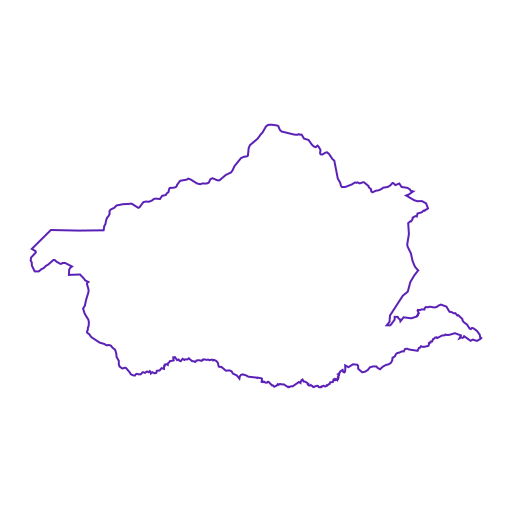 the district of Nkoranza North, Brong Ahafo, Ghana
{"feature_id": "2480657B63998169387071", "entity_name": "Nkoranza North", "entity_type": "district", "adm_level": 2, "iso_a3": "GHA", "parent_name": "Ghana", "parent_adm1": "Brong Ahafo", "projection": "robinson", "projection_center": [-1.569, 7.72], "detail": "fine", "context": "isolated", "style": "outline", "palette": "violet", "viewbox_px": 512, "rotation_deg": 0, "n_neighbors": 0, "source": "geoboundaries", "source_scale": "gbopen_adm2", "svg_char_len": 6079}
<svg xmlns="http://www.w3.org/2000/svg" viewBox="0 0 512 512"><path d="M318.6,146.7L317.5,145.6L315.7,147.2L313.6,146.3L311.9,144.7L308.6,140.0L304.0,138.6L301.6,134.6L299.8,134.7L298.8,134.1L297.4,134.8L294.3,134.6L281.6,131.5L279.8,129.8L278.3,126.1L277.2,125.5L271.7,124.7L268.1,124.9L266.0,126.4L262.4,132.7L261.1,133.9L257.6,138.7L250.0,145.1L248.7,148.0L247.9,155.6L247.4,156.2L243.6,156.9L241.0,158.1L234.5,166.1L232.5,170.4L231.1,172.4L225.7,175.0L219.5,180.3L217.4,180.3L212.4,178.2L210.3,179.3L208.8,182.6L207.6,183.2L205.9,183.6L202.8,183.4L200.1,184.2L197.1,183.5L190.7,179.5L188.2,178.6L186.8,179.6L180.1,180.8L177.1,184.8L176.7,186.2L175.6,187.2L173.2,187.8L169.9,187.9L169.3,188.6L168.4,192.2L166.9,193.3L165.6,195.1L162.1,195.8L160.0,199.0L155.5,198.6L153.7,199.1L151.7,200.7L148.6,201.8L146.3,201.5L143.4,202.1L139.4,207.4L138.2,207.8L131.7,203.7L122.9,204.2L116.5,205.5L114.3,207.8L110.7,209.5L109.5,211.1L109.6,214.0L108.4,216.3L107.2,217.5L106.3,219.7L105.3,224.4L104.3,225.9L103.6,230.3L79.0,230.6L50.9,230.0L31.8,248.9L35.6,251.2L35.8,252.5L31.0,257.6L30.7,260.6L31.7,262.3L31.9,265.6L34.7,271.4L38.8,271.4L41.5,269.1L43.7,268.1L45.7,266.0L48.4,264.4L53.4,260.0L54.8,260.1L56.8,261.9L60.5,263.9L61.2,263.9L62.5,263.0L65.2,263.0L72.0,266.5L70.3,267.8L69.2,269.5L68.9,274.9L80.0,274.5L83.7,278.3L85.2,280.4L88.4,282.0L87.0,283.2L87.0,284.1L88.6,289.8L88.4,292.4L86.3,299.1L84.8,305.8L83.1,308.6L84.7,313.7L88.3,319.6L88.9,322.1L88.6,326.3L87.9,327.6L87.8,329.8L86.9,331.9L87.1,332.6L89.3,334.3L91.3,337.1L99.6,342.6L104.4,344.0L106.5,345.3L108.9,345.0L111.0,345.7L112.4,347.6L115.1,349.7L116.2,353.2L116.6,357.0L118.8,360.8L118.8,364.4L119.6,366.6L122.3,368.5L125.0,367.7L126.1,368.1L130.0,372.7L130.7,374.2L133.3,375.4L135.0,375.5L135.7,374.4L136.9,373.8L138.8,374.4L140.8,374.3L142.3,372.5L143.1,372.2L145.0,372.9L146.9,371.5L148.7,372.2L149.8,371.1L150.6,372.1L150.9,373.5L152.4,372.2L154.3,373.2L155.9,373.1L156.3,372.9L156.8,370.8L159.6,370.5L161.6,368.1L164.0,368.9L164.1,365.9L164.8,365.7L164.8,364.6L166.3,364.2L167.8,364.9L167.9,363.4L169.6,361.9L169.8,361.2L173.7,360.4L173.2,357.4L174.9,357.1L177.1,360.1L178.6,359.5L179.4,360.7L180.7,361.2L182.6,358.8L184.4,360.0L185.2,359.3L187.3,359.5L188.8,358.3L192.1,361.2L193.8,361.2L195.1,362.0L196.7,360.4L198.9,360.2L201.5,360.8L202.2,360.1L202.3,360.4L204.1,359.3L206.7,359.9L208.2,359.6L209.5,360.2L211.3,359.7L212.9,359.8L213.1,360.4L214.2,360.0L216.2,360.9L217.3,362.0L218.0,363.2L218.6,366.3L219.2,366.9L221.4,366.9L225.9,370.7L229.5,370.4L231.7,371.4L232.8,373.5L236.9,375.5L239.4,378.6L239.7,376.6L240.8,375.0L242.7,374.4L246.1,375.4L248.3,376.7L256.6,377.6L257.2,378.1L257.8,377.6L261.4,378.3L262.0,378.8L261.6,381.9L262.7,382.1L262.9,381.5L263.4,382.0L264.1,381.7L265.1,382.5L266.9,382.7L267.6,381.9L268.6,381.9L272.0,385.4L272.8,385.3L274.2,386.7L276.8,385.5L277.6,384.3L278.3,384.9L279.3,384.1L279.8,384.4L280.4,384.0L282.3,384.5L283.6,384.3L288.1,387.1L288.4,386.7L289.2,387.1L291.1,386.2L292.6,386.4L298.9,382.0L300.5,383.0L300.6,381.7L301.4,381.0L301.4,380.3L302.5,379.5L303.9,381.7L305.2,381.7L307.4,383.0L307.6,384.3L308.0,384.7L308.5,384.4L308.6,385.3L309.9,385.6L310.8,385.0L311.4,385.7L312.5,386.0L313.1,387.0L314.0,387.1L315.2,386.3L317.2,385.8L317.9,385.9L318.7,387.1L320.2,387.3L320.8,386.8L321.5,387.1L321.8,386.4L323.6,385.7L325.0,386.5L326.5,386.0L326.7,385.3L327.2,385.6L328.7,384.2L329.5,384.1L330.2,382.3L332.8,382.1L333.5,379.6L334.4,380.2L335.4,379.5L335.3,379.0L336.0,379.2L336.1,379.9L336.8,379.5L337.3,380.0L337.6,378.6L338.1,378.9L338.5,377.8L338.1,377.5L338.3,376.8L338.0,376.3L339.0,375.5L339.0,374.8L338.3,374.3L339.0,374.1L338.8,373.5L339.8,372.7L340.2,371.5L342.6,369.9L343.3,372.0L344.3,372.4L345.0,371.7L345.3,369.5L345.2,365.4L348.4,367.2L353.0,364.3L357.2,364.7L358.1,365.9L358.2,368.8L362.2,372.3L365.1,371.7L367.9,369.9L369.9,367.3L373.2,366.4L376.5,366.5L377.5,367.8L380.0,369.3L382.9,366.6L386.1,364.9L388.8,364.3L391.1,362.6L392.3,360.1L392.5,357.8L394.8,356.4L395.9,354.2L397.4,352.9L398.8,352.8L402.1,351.3L403.7,351.5L405.1,349.0L407.0,348.7L409.1,349.5L417.6,350.8L418.9,348.0L420.0,347.7L421.0,346.2L422.3,346.8L424.5,346.8L428.4,345.8L428.9,344.7L428.9,343.1L430.4,342.7L430.5,341.6L432.2,341.4L433.1,339.0L434.1,338.7L435.2,337.5L436.6,337.3L437.2,338.1L441.9,335.6L444.9,335.2L445.5,334.5L446.9,335.0L449.2,334.9L454.9,333.2L460.9,335.4L459.5,338.3L461.2,337.4L462.6,337.8L463.4,337.5L464.1,336.2L470.6,340.8L472.7,339.6L477.0,340.9L481.0,338.5L481.3,338.1L480.1,337.0L479.7,334.6L476.9,330.9L473.9,328.6L472.4,328.0L471.6,328.1L470.8,329.1L469.6,328.6L467.0,324.5L463.7,322.1L462.5,320.3L462.4,319.1L458.2,315.1L457.3,315.5L455.4,313.2L453.7,313.3L451.6,312.1L449.5,311.8L446.4,306.6L440.9,304.6L438.5,305.6L436.8,306.9L434.4,307.5L430.1,306.7L427.5,307.3L426.0,307.0L424.8,308.0L424.4,309.5L421.5,309.4L420.0,310.1L417.9,309.9L417.6,310.7L418.6,312.7L418.2,313.4L418.6,313.7L417.8,314.4L417.9,315.3L417.0,315.7L417.1,316.4L411.3,318.3L403.6,317.3L400.4,321.3L400.0,319.4L398.4,318.3L397.7,316.9L394.7,316.8L394.6,319.7L390.9,324.7L389.9,325.4L386.7,325.3L389.5,321.9L390.0,315.5L402.8,295.7L407.8,291.6L410.3,282.1L414.2,275.5L418.2,270.4L415.4,267.3L414.2,265.1L412.5,260.7L410.9,253.4L407.6,246.6L407.2,244.6L408.9,234.1L408.2,223.1L410.5,221.2L411.2,221.3L412.7,218.8L412.6,217.7L415.4,216.1L416.8,216.5L417.5,213.5L421.8,212.3L423.5,210.6L424.6,210.8L425.4,209.7L426.3,209.6L428.0,208.4L426.1,203.4L422.0,201.1L417.4,201.2L414.1,200.2L406.2,195.5L408.5,194.7L413.2,191.4L410.8,190.9L409.8,189.3L407.5,187.9L401.5,186.9L399.3,183.5L395.4,185.1L393.3,183.1L392.5,183.0L390.2,185.5L387.7,187.0L383.1,187.7L381.5,189.0L378.7,190.3L375.9,190.7L372.5,192.3L371.4,191.5L371.0,190.6L371.2,189.4L368.8,187.3L368.6,186.1L364.1,182.4L363.2,182.2L359.8,183.4L357.5,182.4L356.5,182.8L354.9,182.5L351.9,184.4L345.5,186.9L342.0,187.1L341.0,185.9L340.1,182.5L337.8,178.6L334.3,160.7L332.3,158.9L329.0,153.9L327.0,152.3L325.3,152.7L322.5,154.5L320.8,154.4L320.2,153.7L320.1,152.6L320.5,150.0L318.6,146.7Z" fill="none" stroke="#5b21b6" stroke-width="2"/></svg>